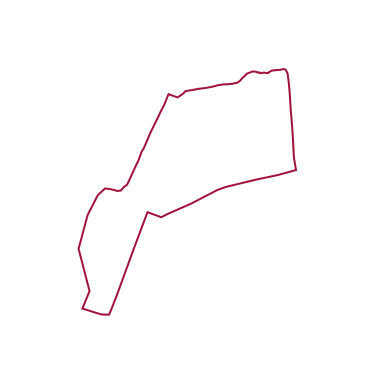 Paniai, Papua, Indonesia, rotated 110°
{"feature_id": "22746128B72382312298600", "entity_name": "Paniai", "entity_type": "district", "adm_level": 2, "iso_a3": "IDN", "parent_name": "Indonesia", "parent_adm1": "Papua", "projection": "albers", "projection_center": [136.34, -3.758], "detail": "fine", "context": "isolated", "style": "outline", "palette": "rose", "viewbox_px": 384, "rotation_deg": 110, "n_neighbors": 0, "source": "geoboundaries", "source_scale": "gbopen_adm2", "svg_char_len": 2085}
<svg xmlns="http://www.w3.org/2000/svg" viewBox="0 0 384 384"><g transform="rotate(110 192 192)"><path d="M227.1,279.4L243.8,281.5L244.6,281.6L249.2,282.2L265.6,280.8L271.7,280.2L284.1,279.2L302.1,266.8L313.6,258.9L315.3,257.7L320.2,254.4L339.0,255.1L338.6,246.5L338.4,241.2L338.0,234.9L337.2,232.6L335.8,228.6L335.5,227.9L330.5,227.7L323.2,227.5L321.1,227.5L314.4,227.3L297.5,227.3L283.1,227.3L267.1,227.3L243.2,227.1L233.3,227.0L226.2,226.9L226.2,212.2L221.3,207.7L209.0,194.9L203.3,188.9L199.2,185.2L181.5,168.9L175.9,162.2L174.0,159.4L170.0,153.4L166.4,148.0L159.0,136.9L146.6,117.0L135.8,101.8L132.7,103.5L125.2,107.8L117.3,111.2L108.9,114.7L98.0,119.5L91.7,122.4L84.2,125.8L83.8,126.1L73.0,130.8L64.8,134.4L54.7,139.2L53.1,140.0L47.8,142.8L46.7,144.1L45.5,145.1L45.0,146.3L45.0,147.7L46.0,149.5L46.7,150.3L46.9,150.7L47.3,151.5L47.9,152.5L48.2,153.7L48.3,154.5L49.1,155.1L49.2,156.0L49.4,156.3L50.0,157.4L50.5,157.9L50.8,158.8L51.5,159.4L52.1,159.7L52.9,160.4L53.5,161.0L54.1,161.0L54.5,161.5L54.5,162.1L54.8,163.0L54.9,163.8L55.2,164.9L55.4,165.6L55.7,166.3L55.8,166.4L56.3,166.9L56.5,167.4L56.6,168.0L57.1,168.7L56.7,169.4L56.6,170.1L57.3,171.1L57.4,171.7L57.1,172.5L57.0,172.9L57.1,173.3L57.6,174.5L57.7,175.2L58.1,176.2L58.6,177.1L59.2,177.7L60.0,178.5L60.8,179.7L61.5,180.1L62.0,180.9L62.9,181.2L63.3,181.4L64.0,181.8L65.2,182.3L66.3,183.0L67.7,183.7L68.4,183.9L68.8,184.1L70.8,184.8L71.8,185.4L72.7,186.0L73.7,186.7L75.5,189.5L76.1,190.5L76.5,191.2L78.9,196.1L80.1,199.2L81.2,201.2L82.6,203.9L85.7,208.2L87.7,211.6L89.7,215.0L90.0,215.6L92.6,220.8L95.8,226.1L99.4,232.6L102.7,234.0L102.9,234.1L105.3,235.9L105.5,236.0L106.2,236.5L108.1,238.0L108.1,243.2L108.1,244.1L108.1,247.5L112.9,247.7L119.8,247.9L126.7,248.9L126.9,248.9L131.5,249.3L133.5,249.5L137.5,249.9L138.8,250.1L147.2,251.0L149.2,251.3L153.2,251.5L161.1,251.9L167.6,252.3L167.9,252.3L171.1,253.1L180.3,253.1L183.0,253.4L192.8,254.3L201.6,254.9L207.3,255.5L210.1,257.4L210.5,257.7L214.8,259.2L216.6,262.5L216.6,263.4L217.2,269.8L218.4,274.9L227.1,279.4Z" fill="none" stroke="#9f1239" stroke-width="2"/></g></svg>